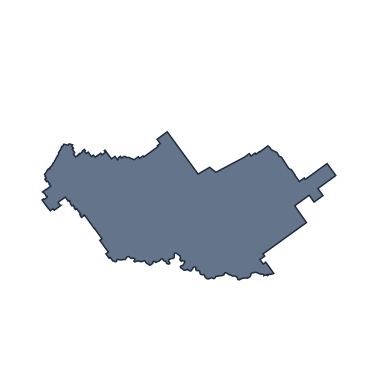 the district of Chapman Valley, Western Australia, Australia, rotated 54°
{"feature_id": "25037944B4139819915576", "entity_name": "Chapman Valley", "entity_type": "district", "adm_level": 2, "iso_a3": "AUS", "parent_name": "Australia", "parent_adm1": "Western Australia", "projection": "orthographic", "projection_center": [115.126, -28.272], "detail": "fine", "context": "isolated", "style": "filled", "palette": "slate", "viewbox_px": 384, "rotation_deg": 54, "n_neighbors": 0, "source": "geoboundaries", "source_scale": "gbopen_adm2", "svg_char_len": 5945}
<svg xmlns="http://www.w3.org/2000/svg" viewBox="0 0 384 384"><g transform="rotate(54 192 192)"><path d="M263.2,66.0L248.4,66.0L248.4,92.9L246.6,92.9L246.6,99.0L239.1,98.9L238.4,98.6L232.6,98.5L229.8,99.9L216.5,99.1L214.3,100.5L209.9,100.1L204.2,103.1L202.3,102.8L199.3,103.4L199.4,113.7L199.0,113.7L199.0,118.1L197.6,118.1L197.6,123.1L194.6,123.1L194.6,129.4L190.1,161.0L182.4,163.2L181.1,176.5L128.7,176.7L128.8,189.3L134.2,189.3L134.2,192.8L135.3,192.8L135.3,210.4L134.0,210.4L134.0,214.6L131.9,214.6L131.9,219.7L128.7,221.8L126.9,222.7L125.4,224.9L124.5,224.9L124.3,225.0L123.3,225.9L123.2,226.2L123.2,229.0L121.0,228.9L121.0,231.0L121.2,231.5L122.2,232.8L122.3,233.4L117.9,233.4L117.9,237.7L107.0,237.8L107.0,238.7L109.0,238.7L109.0,243.0L107.0,243.0L107.0,246.7L106.9,246.7L106.9,249.8L104.1,250.2L104.1,252.6L98.7,252.5L98.7,254.9L95.7,254.9L95.7,254.0L94.4,254.0L94.4,255.5L94.2,256.1L94.2,256.3L95.2,257.5L95.1,258.6L95.3,259.1L95.4,260.7L94.7,260.7L95.2,261.9L95.3,262.9L95.1,262.9L95.2,263.2L95.3,263.8L95.2,265.5L91.5,265.5L91.2,263.7L86.9,263.7L86.9,263.3L87.1,263.0L87.0,262.2L84.2,262.2L83.7,260.9L81.7,262.4L80.8,263.2L81.3,264.7L78.0,267.5L78.2,268.2L78.9,269.3L79.0,270.2L78.9,270.4L78.6,270.6L78.7,270.9L78.8,270.9L78.9,270.6L79.0,270.6L79.3,271.4L79.2,271.5L79.7,272.1L80.3,273.3L80.6,273.7L80.8,274.2L80.8,274.7L81.0,275.0L81.2,275.6L81.4,275.8L81.8,277.0L82.7,277.5L83.5,278.6L83.6,279.5L83.7,280.0L84.3,280.7L85.0,282.6L86.0,284.2L86.2,285.1L86.8,285.9L87.0,286.6L87.0,287.3L87.1,287.6L87.3,288.0L87.6,288.3L87.8,289.0L88.3,289.6L88.7,292.6L88.9,293.0L89.0,293.4L89.6,293.4L89.3,293.9L89.2,293.9L88.9,294.5L88.9,295.0L89.4,295.7L89.4,295.9L89.2,296.3L89.2,296.5L89.7,297.0L90.4,298.4L90.8,299.8L91.0,301.0L92.7,301.1L93.0,301.7L95.1,301.7L95.1,303.5L95.3,303.6L98.3,303.5L98.3,302.4L101.6,302.4L101.6,302.9L104.3,302.9L104.3,308.8L104.1,308.8L104.1,312.9L106.6,312.1L107.4,312.1L109.0,312.4L109.4,312.4L109.8,312.3L110.5,311.7L110.8,312.1L111.2,312.5L111.2,315.7L110.3,316.1L110.3,318.0L120.9,317.9L121.2,317.7L123.9,317.7L123.9,314.2L125.8,314.2L125.8,306.1L125.6,306.4L125.2,306.4L123.1,306.4L122.2,306.6L121.7,306.6L121.6,306.8L121.7,297.5L126.6,297.6L126.6,296.4L127.1,296.1L127.3,296.3L130.1,297.2L131.1,297.1L131.8,297.4L132.7,297.3L132.8,296.0L135.4,296.0L135.7,296.7L137.7,296.7L137.7,295.1L144.1,295.1L144.1,295.8L145.6,295.8L145.6,296.3L147.7,296.3L147.7,293.8L147.2,293.6L147.4,292.5L164.3,292.5L164.3,292.3L176.9,292.3L176.9,295.0L191.4,295.0L191.4,298.0L196.9,298.0L196.9,296.6L201.3,296.6L201.6,296.2L203.4,295.0L203.7,294.4L203.7,294.1L203.5,293.5L202.9,292.6L202.7,292.2L202.8,291.7L204.7,290.2L205.3,289.2L205.9,287.9L207.3,285.8L207.2,285.3L206.6,283.5L206.5,282.9L206.6,281.8L206.9,281.3L207.9,280.7L209.6,280.4L210.0,280.2L211.5,277.9L212.1,277.6L212.5,277.6L213.1,278.2L213.4,278.7L213.7,279.6L214.7,279.5L215.0,279.2L215.4,277.6L216.0,276.3L217.5,275.1L218.6,273.9L219.0,273.2L219.4,271.7L219.9,270.7L220.3,270.5L221.2,270.7L222.0,270.8L222.8,270.6L224.4,270.0L225.2,269.3L225.8,269.5L226.2,269.4L226.5,269.0L226.7,268.0L226.6,266.0L226.4,265.3L225.9,264.7L225.5,264.2L225.5,263.9L225.6,263.5L225.9,263.2L227.4,262.9L227.6,262.8L227.8,262.4L228.0,260.9L228.6,258.7L228.3,257.4L228.3,256.0L228.4,255.5L229.1,255.1L230.3,255.3L231.3,255.2L231.7,254.8L232.2,254.2L232.6,254.0L233.3,254.1L234.0,254.4L235.0,254.4L236.2,253.7L236.5,253.4L236.7,253.1L236.8,252.4L236.5,251.8L236.0,251.6L234.6,251.6L233.9,251.5L233.7,251.3L233.4,250.7L233.2,250.1L233.3,249.8L233.2,249.3L233.4,248.6L233.6,248.3L233.7,248.1L234.4,246.7L234.4,246.1L234.3,245.7L234.6,245.4L234.6,245.1L233.0,243.7L231.6,242.7L231.3,242.2L231.3,241.8L231.5,241.5L232.2,240.8L232.7,240.5L233.5,240.3L233.6,240.2L234.7,239.9L235.5,239.6L236.6,239.3L236.7,239.2L237.0,239.4L237.4,239.6L238.0,239.7L238.5,240.1L239.3,240.4L239.3,241.5L241.8,241.5L241.8,240.1L242.1,240.0L242.6,239.4L242.8,239.5L242.9,239.4L243.2,239.1L243.4,238.7L243.9,238.7L244.1,238.8L244.6,239.4L244.8,239.8L245.0,240.0L245.0,240.3L245.4,241.0L245.7,241.9L245.9,242.3L245.9,243.0L245.5,243.4L245.3,244.2L245.4,244.9L245.7,245.5L246.3,245.7L246.6,245.7L247.7,245.2L248.7,245.0L250.4,244.4L250.9,244.1L251.2,243.5L251.9,242.1L251.9,241.4L252.1,241.2L254.0,240.5L254.7,239.9L255.2,239.4L255.2,239.1L255.1,238.6L254.8,238.3L254.6,236.9L253.9,235.4L253.8,235.0L253.7,234.6L253.9,234.3L254.5,233.4L255.4,233.3L256.3,234.1L257.2,234.6L257.8,234.6L258.6,234.2L259.5,232.8L260.1,232.4L260.4,232.3L260.6,232.4L261.0,232.5L261.9,233.1L262.9,233.4L263.6,233.4L263.9,233.2L264.2,233.0L264.5,232.8L265.6,231.4L266.3,231.0L266.7,230.9L268.0,231.3L269.2,231.3L270.6,231.0L271.4,230.5L271.8,230.0L272.2,229.3L272.4,228.6L272.6,227.4L272.9,226.7L273.6,226.1L274.6,225.6L275.1,225.0L275.1,224.5L274.8,223.3L274.5,222.6L274.4,221.8L275.3,220.8L275.6,220.2L275.7,219.3L276.7,218.0L277.0,217.3L277.5,216.3L277.8,215.2L277.7,214.6L277.1,214.2L276.8,213.7L276.7,213.1L276.9,212.4L277.1,212.2L277.4,212.2L277.5,211.9L278.8,211.2L280.5,210.8L280.7,210.6L281.2,210.0L281.8,209.5L282.7,209.1L283.6,208.8L284.0,208.5L284.4,207.8L284.5,207.5L284.7,207.3L284.9,206.8L286.1,206.2L286.5,205.8L287.7,205.9L287.9,205.7L288.4,205.7L289.7,206.3L290.3,206.0L290.9,205.3L291.0,204.7L291.0,203.8L291.2,203.3L291.2,203.0L291.8,201.3L292.5,199.9L293.3,198.9L294.3,197.9L294.4,197.4L294.6,196.0L294.5,194.8L294.1,193.6L293.1,192.6L292.8,192.0L292.9,190.8L293.7,189.0L294.6,187.4L295.4,187.0L296.1,186.3L296.8,186.1L297.6,185.6L298.3,185.2L299.0,184.5L299.8,183.5L300.2,183.0L300.9,182.6L301.6,182.6L301.8,182.8L301.8,182.5L302.8,181.2L303.4,180.1L303.6,179.9L304.0,179.9L303.9,179.6L304.0,179.4L304.0,179.2L303.5,179.7L303.1,179.7L304.9,176.7L305.2,176.0L305.2,175.9L305.3,175.2L305.6,174.9L305.9,174.4L306.0,173.7L292.1,173.6L292.1,176.7L286.6,176.7L286.6,170.9L283.8,170.9L284.0,117.4L263.5,117.0L263.5,99.1L271.9,99.2L271.9,88.1L263.2,88.1L263.2,66.0Z" fill="#64748b" stroke="#1e293b" stroke-width="1.5"/></g></svg>